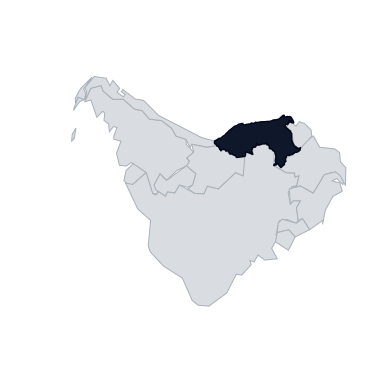 where Peru sits in South America, rotated 110°
{"feature_id": "PER", "entity_name": "Peru", "entity_type": "country or territory", "adm_level": 0, "iso_a3": "PER", "parent_name": "South America", "parent_adm1": "", "projection": "albers", "projection_center": [-73.974, -9.194], "detail": "fine", "context": "in_parent", "style": "filled", "palette": "ink", "viewbox_px": 384, "rotation_deg": 110, "n_neighbors": 12, "source": "natural_earth", "source_scale": "50m", "svg_char_len": 9745}
<svg xmlns="http://www.w3.org/2000/svg" viewBox="0 0 384 384"><g transform="rotate(110 192 192)"><path d="M142.0,324.7L145.5,328.5L156.1,331.4L141.9,331.6L142.0,324.7ZM189.5,241.7L185.1,259.1L190.2,262.8L191.7,269.4L181.3,276.2L168.6,276.1L169.1,283.3L166.6,284.6L157.0,284.5L157.4,288.2L163.6,290.3L156.5,293.6L154.8,299.2L147.8,300.9L146.6,303.5L154.3,307.0L140.1,318.5L144.0,323.8L129.1,322.6L123.1,313.7L127.5,310.1L132.0,297.9L128.3,288.5L133.8,274.4L132.6,266.8L138.1,256.9L135.3,245.1L139.1,232.8L144.9,226.1L144.6,215.7L149.3,213.6L154.0,204.0L162.0,208.5L163.8,204.9L168.7,205.3L177.0,213.7L189.8,219.9L185.9,228.3L198.2,230.0L205.2,222.3L206.9,228.4L189.5,241.7Z" fill="#d9dde1" stroke="#a8b0b8" stroke-width="1"/><path d="M142.0,324.7L141.9,331.6L148.5,331.8L143.8,333.8L132.6,332.0L118.2,325.2L132.2,329.1L135.6,325.5L142.0,324.7ZM140.0,184.7L144.8,192.9L147.2,208.5L150.8,209.0L144.6,215.7L144.9,226.1L139.1,232.8L135.3,245.1L138.1,256.9L132.6,266.8L133.8,274.4L128.3,288.5L132.0,297.9L127.5,310.1L123.1,313.7L129.1,322.6L142.3,323.6L133.3,325.4L130.9,328.4L117.0,323.4L114.4,311.6L120.3,305.5L114.2,304.5L119.4,295.4L123.9,296.7L126.0,289.0L123.3,288.0L122.0,292.7L119.4,292.1L124.0,277.1L122.5,268.8L131.5,249.5L137.6,201.7L136.5,188.1L140.0,184.7Z" fill="#d9dde1" stroke="#a8b0b8" stroke-width="1"/><path d="M171.6,322.9L182.2,320.9L185.3,322.5L178.7,324.3L171.6,322.9Z" fill="#d9dde1" stroke="#a8b0b8" stroke-width="1"/><path d="M189.5,241.7L205.1,250.2L207.4,253.2L204.5,259.9L194.4,261.3L185.4,257.0L189.5,241.7Z" fill="#d9dde1" stroke="#a8b0b8" stroke-width="1"/><path d="M206.4,257.5L205.1,250.2L189.5,241.7L206.9,228.4L207.2,225.0L203.1,223.1L204.9,215.6L200.2,215.1L198.8,207.9L189.7,206.3L192.4,188.9L189.6,180.2L181.2,179.7L180.1,168.4L158.8,157.7L159.3,149.4L146.2,154.9L136.1,154.7L136.4,147.8L128.8,150.3L124.2,147.6L120.8,138.8L125.8,128.5L139.3,124.2L141.6,109.8L139.0,102.2L142.7,100.3L140.0,97.0L150.5,95.7L152.6,99.8L159.5,101.5L169.7,95.4L165.6,94.0L163.2,87.0L171.1,88.4L182.3,82.5L185.7,83.4L185.4,93.5L189.4,100.1L203.5,98.5L203.7,95.4L217.6,97.9L225.6,89.1L231.1,100.4L228.6,108.5L236.6,109.7L236.5,114.2L240.1,111.5L253.1,116.9L254.1,122.2L274.9,124.8L293.5,137.1L296.3,147.5L293.8,154.8L276.2,171.6L271.5,193.1L262.6,210.6L257.7,214.7L232.9,221.2L226.5,237.2L206.4,257.5Z" fill="#d9dde1" stroke="#a8b0b8" stroke-width="1"/><path d="M140.6,154.5L159.3,149.4L158.8,157.7L180.1,168.4L181.2,179.7L189.6,180.2L192.4,188.9L190.5,196.9L185.2,193.9L173.6,194.7L169.3,206.2L163.8,204.9L162.0,208.5L154.0,204.0L147.2,208.5L144.8,192.9L140.0,184.7L144.3,161.9L140.6,154.5Z" fill="#d9dde1" stroke="#a8b0b8" stroke-width="1"/><path d="M153.4,99.3L150.5,95.7L140.0,97.0L142.7,100.3L139.0,102.2L141.6,109.8L139.3,124.2L135.7,121.6L138.7,117.0L125.0,115.0L115.7,104.9L105.1,102.9L97.8,97.1L106.3,87.4L102.7,72.5L104.5,66.8L112.9,62.8L116.5,55.7L133.0,50.2L124.0,64.0L130.3,73.5L151.7,77.7L149.3,92.2L153.4,99.3Z" fill="#d9dde1" stroke="#a8b0b8" stroke-width="1"/><path d="M182.3,82.5L171.1,88.4L163.2,87.0L165.6,94.0L169.7,95.4L155.9,101.7L149.3,92.2L151.7,77.7L130.3,73.5L124.0,64.0L125.9,58.4L130.3,53.4L133.4,52.7L129.8,60.9L133.6,64.1L133.0,56.2L139.9,51.1L148.1,58.2L163.5,60.5L177.8,58.2L173.7,59.3L187.3,68.7L179.2,79.0L182.3,82.5Z" fill="#d9dde1" stroke="#a8b0b8" stroke-width="1"/><path d="M201.0,98.0L191.7,100.4L186.7,97.9L185.7,83.4L179.2,79.0L187.3,68.7L199.0,79.7L194.5,88.0L201.0,98.0Z" fill="#d9dde1" stroke="#a8b0b8" stroke-width="1"/><path d="M210.3,96.6L201.0,98.0L196.4,91.3L194.5,88.0L199.0,79.7L213.8,81.5L210.3,96.6Z" fill="#d9dde1" stroke="#a8b0b8" stroke-width="1"/><path d="M114.5,105.3L113.7,111.7L103.4,118.3L99.8,125.3L91.7,124.9L94.6,116.8L89.1,115.1L89.2,109.7L92.9,101.4L98.5,98.5L114.5,105.3Z" fill="#d9dde1" stroke="#a8b0b8" stroke-width="1"/><path d="M189.1,197.7L189.7,206.3L198.8,207.9L200.2,215.1L204.9,215.6L202.2,226.9L198.2,230.0L185.9,228.3L189.8,219.9L169.3,206.2L173.6,194.7L185.2,193.9L189.1,197.7Z" fill="#d9dde1" stroke="#a8b0b8" stroke-width="1"/><path d="M139.0,123.9L139.0,124.2L138.8,124.3L138.6,124.3L138.3,124.1L138.0,124.2L137.8,124.2L137.4,123.9L137.3,123.7L137.0,123.5L136.5,123.5L136.0,123.5L135.6,123.5L135.2,123.6L134.9,123.8L134.7,124.1L134.4,124.4L133.7,124.5L133.3,124.5L132.9,124.7L132.3,124.7L132.0,124.9L130.5,125.0L129.9,125.3L129.4,125.6L128.6,126.1L128.2,126.3L127.7,126.8L127.0,127.3L126.6,127.6L126.0,127.7L125.8,127.8L125.7,128.0L125.5,129.5L125.4,130.2L125.0,130.9L124.5,131.5L124.3,131.9L124.2,132.3L124.3,132.5L124.7,133.4L124.7,133.6L124.6,133.9L124.5,134.2L124.2,134.4L123.8,134.4L123.0,134.9L122.1,135.6L121.9,135.9L121.6,136.7L121.7,137.0L121.9,137.2L122.0,137.6L122.0,137.8L121.9,137.9L121.4,138.0L121.1,138.0L120.9,138.1L120.9,138.3L121.0,138.5L120.8,138.9L120.9,139.0L121.2,139.4L121.6,139.7L121.8,139.8L122.0,139.9L122.0,140.2L122.0,140.4L121.8,140.5L122.2,141.0L122.4,141.3L122.5,141.6L122.5,141.8L122.7,142.1L122.8,142.3L122.8,142.5L123.5,143.0L123.7,143.3L123.6,143.5L123.9,143.9L124.3,144.2L125.3,145.5L125.4,146.1L124.3,147.4L125.2,147.4L126.1,147.4L127.0,147.6L127.6,147.8L128.0,147.8L128.3,148.1L128.5,148.7L128.5,149.1L128.9,149.4L128.9,150.1L131.4,150.1L132.6,150.1L133.1,150.0L133.6,149.4L133.9,149.3L134.2,149.1L134.6,148.6L134.9,148.4L135.2,148.2L135.6,147.9L136.2,147.6L136.0,147.8L135.9,148.1L135.9,148.4L136.0,148.8L135.9,149.1L135.7,149.3L135.7,154.7L135.9,154.6L136.1,154.5L136.5,154.8L136.8,155.0L137.0,155.0L137.5,154.9L138.2,154.6L138.7,154.4L139.2,154.4L140.0,154.5L140.4,154.5L144.2,161.7L143.9,162.1L143.9,162.5L143.7,162.7L143.4,162.8L143.1,163.1L142.9,163.4L142.9,165.6L142.9,166.2L142.7,166.6L142.4,167.0L142.7,167.5L142.9,168.3L143.0,168.5L143.2,168.9L143.3,169.2L143.3,169.4L142.9,169.5L142.7,169.7L142.7,170.2L142.5,170.4L142.2,170.6L141.8,171.0L141.7,171.2L141.5,171.8L141.1,172.0L141.1,172.5L141.0,172.8L141.2,173.2L141.9,173.9L141.9,174.1L141.6,174.5L141.3,174.8L140.8,175.7L140.8,175.9L140.9,176.3L141.7,178.2L141.8,178.4L142.0,178.5L142.4,178.5L143.0,178.7L143.3,179.0L143.2,179.2L142.6,179.5L142.4,180.0L142.5,180.4L142.3,180.6L142.0,180.8L141.7,181.0L141.4,181.4L140.9,182.1L140.7,182.2L140.6,182.4L140.4,182.5L139.8,182.9L139.7,183.2L139.8,183.4L140.1,183.5L140.3,183.8L140.3,184.1L140.3,184.3L140.0,184.6L139.5,185.0L139.0,185.0L138.8,185.2L138.9,185.6L139.0,186.1L139.0,186.5L138.8,187.0L138.5,187.5L137.9,187.8L137.3,188.0L136.9,188.0L136.5,188.0L136.3,188.1L136.0,187.8L134.6,186.7L134.1,186.2L133.6,185.9L132.4,185.0L132.2,184.8L132.1,183.9L131.9,183.6L131.5,183.3L130.5,182.8L130.1,182.6L129.6,182.2L129.0,181.9L128.3,181.4L127.9,180.9L127.5,180.6L126.0,180.2L125.3,179.8L124.0,179.2L123.4,178.8L122.0,178.3L121.5,178.1L120.1,177.0L119.1,176.6L118.3,176.0L115.9,174.7L115.6,174.3L115.2,173.7L114.7,173.3L114.1,172.4L113.2,171.9L112.3,171.2L112.0,170.6L111.4,169.8L111.2,169.4L110.7,168.9L110.7,168.1L110.3,167.7L110.6,167.5L110.8,167.4L111.2,166.1L111.0,165.5L110.1,164.3L109.7,163.7L109.5,163.0L109.1,162.6L108.6,161.6L108.3,160.8L107.5,160.2L107.3,160.0L107.2,159.7L106.8,159.5L106.8,158.9L106.5,157.7L106.1,157.1L104.7,156.0L104.7,155.6L104.5,154.8L104.2,154.0L102.6,151.4L102.2,150.6L101.8,149.3L101.4,148.6L101.0,147.3L100.4,146.3L100.0,145.5L99.6,144.5L99.5,143.9L98.8,142.9L98.4,142.1L97.7,141.3L97.0,140.8L96.7,140.4L95.7,138.5L95.6,137.9L94.9,136.9L94.3,136.1L93.9,135.5L93.3,135.0L90.2,133.4L89.0,132.7L88.7,132.4L88.5,131.9L88.5,131.6L88.9,131.3L89.3,131.5L89.6,131.4L89.8,131.0L89.8,130.4L89.5,129.7L88.5,128.3L88.5,128.0L88.7,127.7L88.3,127.0L87.9,126.5L87.7,126.1L87.9,124.5L88.1,124.1L89.6,122.5L90.0,121.8L90.7,121.3L91.3,120.7L92.1,120.2L92.4,120.3L92.4,120.6L92.5,120.8L92.5,121.0L92.6,121.6L92.6,121.8L92.6,122.0L92.8,122.4L92.8,122.5L92.4,122.7L92.3,123.0L92.0,123.0L91.7,122.9L91.4,123.0L91.3,123.3L91.4,123.5L91.6,123.9L92.1,123.9L91.5,124.8L91.8,125.1L92.3,124.9L92.8,124.4L93.0,124.3L93.4,124.4L93.8,124.7L94.4,124.9L94.6,125.1L95.3,125.0L95.9,125.3L95.9,125.9L96.2,126.4L96.7,127.1L97.0,127.2L97.4,127.2L97.9,127.4L98.1,127.3L98.3,126.8L98.6,126.8L98.6,126.6L98.5,126.4L98.6,126.1L98.8,125.9L99.6,125.4L99.8,124.9L99.7,124.8L99.6,124.6L99.6,124.3L100.0,123.6L100.2,122.8L100.4,122.6L100.5,122.1L100.8,121.8L100.8,121.5L100.9,121.3L100.9,121.0L101.1,120.2L101.4,120.1L101.5,120.3L101.6,120.5L101.8,120.5L101.9,120.4L101.9,120.2L101.8,119.9L102.9,118.5L103.3,118.2L105.5,117.4L108.6,116.2L111.3,114.3L113.3,111.9L113.6,111.5L114.3,108.8L114.6,109.0L115.0,109.0L115.1,108.9L114.9,107.8L114.9,107.5L115.0,107.3L115.0,107.1L114.7,106.9L114.3,106.4L114.1,106.1L114.0,105.7L113.3,105.3L113.3,105.2L113.5,105.2L114.0,105.3L114.6,105.2L114.9,105.1L115.2,104.8L115.4,104.8L115.6,104.8L116.2,105.3L116.4,105.4L116.7,105.5L116.9,105.5L117.1,105.5L117.3,105.9L117.6,106.1L118.0,106.3L118.6,106.9L118.9,107.2L119.1,107.7L119.2,108.0L119.3,108.2L119.2,108.4L119.5,108.8L119.6,109.0L119.9,109.1L120.5,109.2L120.8,109.5L121.1,109.7L121.4,110.0L121.6,110.1L122.0,110.1L122.3,110.2L122.5,110.5L122.7,110.9L122.9,111.1L123.1,111.5L122.9,112.0L123.1,112.2L123.3,112.4L123.7,112.7L124.1,112.6L124.3,112.7L124.4,112.9L124.7,114.0L124.6,114.3L124.5,114.6L124.6,114.9L125.4,115.2L125.6,115.4L125.8,115.5L126.2,115.5L126.6,115.4L126.9,115.3L127.0,115.2L128.1,115.6L128.5,115.5L128.9,115.5L129.2,115.4L129.6,115.1L129.9,115.1L130.2,115.0L130.8,114.4L131.0,114.3L131.9,114.7L132.1,114.9L132.4,115.0L132.6,115.2L133.0,115.2L133.5,115.1L133.9,114.8L134.5,114.6L134.8,114.7L135.7,115.2L136.0,115.5L136.3,115.6L136.6,115.8L137.0,115.9L137.3,116.1L137.6,116.2L137.8,116.5L138.2,116.6L138.5,116.7L138.6,116.9L138.6,117.0L135.5,121.8L136.5,122.2L137.0,122.1L137.3,121.9L137.8,122.3L138.0,122.8L138.1,123.0L138.4,123.2L138.8,123.5L139.0,123.9Z" fill="#0f172a" stroke="#020617" stroke-width="1.5"/></g></svg>